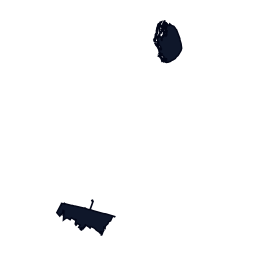 the district of Progreso, Yucatán, Mexico, rotated 26°
{"feature_id": "50627088B147152783463", "entity_name": "Progreso", "entity_type": "district", "adm_level": 2, "iso_a3": "MEX", "parent_name": "Mexico", "parent_adm1": "Yucatán", "projection": "orthographic", "projection_center": [-89.747, 21.878], "detail": "fine", "context": "isolated", "style": "filled", "palette": "ink", "viewbox_px": 256, "rotation_deg": 26, "n_neighbors": 0, "source": "geoboundaries", "source_scale": "gbopen_adm2", "svg_char_len": 5734}
<svg xmlns="http://www.w3.org/2000/svg" viewBox="0 0 256 256"><g transform="rotate(26 128 128)"><path d="M154.9,213.4L145.8,214.9L143.3,215.7L136.3,217.0L132.4,217.7L129.7,217.9L129.5,215.6L128.8,209.2L128.2,208.8L127.3,208.7L127.0,208.9L127.3,208.7L127.3,209.2L128.1,209.3L128.3,209.1L128.7,209.2L128.8,209.7L128.7,209.8L128.1,209.8L128.5,209.8L128.5,210.0L128.8,210.1L129.6,217.9L128.9,218.4L128.2,218.6L125.4,219.0L125.2,219.0L125.2,218.8L124.3,218.7L124.0,219.2L114.9,221.3L113.8,221.7L111.9,222.0L111.0,222.4L104.7,223.7L104.0,223.6L104.2,224.1L101.3,224.9L101.8,226.4L101.4,226.3L101.1,235.3L105.3,237.1L105.5,234.9L106.7,235.0L105.8,230.5L107.2,230.6L107.1,231.3L110.3,239.1L111.6,236.6L112.7,235.4L116.2,235.8L116.5,233.5L120.6,233.9L120.9,233.2L121.6,233.2L122.6,237.4L123.6,238.0L123.6,237.5L124.2,237.6L124.4,235.9L127.5,236.3L127.2,238.9L129.3,239.1L129.4,239.8L130.3,239.7L130.3,240.1L130.8,240.2L131.1,239.9L131.2,238.9L130.3,238.7L130.3,238.1L131.3,238.0L131.3,237.8L132.0,237.9L131.7,236.6L132.4,236.5L132.6,235.3L132.3,235.3L132.2,233.7L136.2,234.1L137.8,234.6L138.0,232.7L140.4,232.7L142.1,232.8L144.0,233.6L148.0,234.2L148.8,234.6L148.9,234.2L149.8,234.5L148.7,233.0L149.3,232.8L149.4,233.3L149.7,233.2L150.5,234.4L149.9,234.5L150.9,235.9L151.3,235.6L151.3,235.2L151.0,232.4L151.1,230.3L150.6,229.7L149.9,227.8L151.3,228.1L151.0,227.5L150.8,226.3L150.9,225.3L151.9,222.8L151.6,221.0L153.0,219.1L152.9,214.0L154.9,213.7L154.9,213.4ZM122.5,16.8L119.8,16.1L119.9,18.0L118.5,17.7L117.7,17.2L117.3,17.9L116.7,17.3L116.4,16.7L115.5,16.9L114.2,19.7L114.4,20.1L115.0,20.6L115.0,21.0L114.7,21.1L112.6,21.5L111.6,21.9L111.8,22.4L111.8,23.2L112.0,23.4L111.9,24.5L112.2,24.8L112.6,24.3L112.2,22.8L112.5,22.1L113.4,22.0L113.7,22.7L114.0,22.9L115.2,22.4L115.4,21.8L115.7,21.6L115.6,21.0L116.0,19.7L115.8,18.6L116.2,17.8L116.7,20.6L116.3,23.6L116.9,25.4L117.3,25.7L117.0,23.9L117.1,22.9L117.5,21.7L118.0,21.0L118.0,19.8L118.3,19.4L119.0,22.3L119.0,23.2L119.4,24.7L119.7,24.2L119.7,23.4L120.1,23.6L120.3,23.4L120.5,23.5L120.5,24.6L120.7,25.4L121.0,25.7L121.1,25.3L121.4,26.4L122.1,27.3L121.8,29.0L121.3,28.8L120.7,28.9L119.7,30.6L119.3,31.7L119.3,32.4L120.2,33.9L120.1,34.5L119.9,34.5L119.5,33.8L119.1,33.9L118.9,32.6L118.3,32.5L117.8,31.7L117.1,32.2L116.2,31.2L115.8,31.2L115.7,32.2L115.1,31.3L114.8,31.3L114.7,32.9L114.9,33.5L116.0,36.0L117.1,37.0L116.8,37.4L116.0,37.8L115.9,38.2L116.5,38.1L117.6,37.3L117.9,37.3L118.5,38.9L119.5,39.6L121.8,40.8L123.5,42.3L123.6,43.0L122.8,43.4L121.9,42.6L120.5,42.6L121.1,42.3L120.2,42.1L119.0,40.9L118.7,41.0L119.0,41.4L118.9,41.6L118.1,41.9L119.3,42.5L120.4,43.5L120.9,43.6L121.6,44.6L122.6,45.1L122.4,45.6L123.4,46.3L123.4,46.7L123.1,46.7L123.1,47.4L124.2,48.3L124.3,49.0L123.8,49.3L124.6,49.6L125.1,49.3L125.4,48.8L125.1,47.3L124.6,46.8L124.6,46.5L125.4,46.6L126.1,46.5L126.1,46.9L126.6,47.1L127.0,47.7L127.5,47.6L128.1,48.2L129.0,48.2L129.5,48.8L130.2,49.1L129.5,49.6L128.0,50.1L128.7,50.5L129.3,50.5L129.7,50.0L130.4,49.7L130.6,49.2L131.9,49.0L133.0,48.6L132.3,49.3L130.5,49.8L130.1,50.2L130.0,50.7L130.7,51.1L132.7,50.4L132.9,50.5L132.7,51.1L131.0,51.6L130.2,52.9L131.0,53.0L131.8,52.4L133.7,52.3L135.3,51.2L137.1,49.4L137.5,48.2L138.5,47.2L140.0,44.8L140.3,42.8L141.1,41.1L141.3,39.8L141.7,35.2L141.3,32.8L138.6,28.8L136.0,26.0L135.3,24.8L128.6,18.5L127.0,17.9L126.3,17.3L124.5,16.5L122.5,16.8ZM112.1,30.0L113.1,30.2L112.8,29.6L111.4,27.2L110.9,23.8L110.4,23.0L110.6,21.9L110.1,20.8L109.8,20.8L109.6,21.2L109.6,22.3L110.0,23.6L110.1,25.6L110.4,26.2L110.9,28.3L112.1,30.0ZM113.8,36.6L114.0,34.0L113.8,33.4L113.1,32.3L111.7,30.6L111.6,32.1L113.3,34.8L112.5,34.5L113.0,35.9L112.5,35.9L112.4,36.1L113.0,36.8L114.1,37.3L113.8,36.6ZM116.2,25.9L115.9,25.9L115.3,26.4L115.3,27.2L114.7,27.3L115.0,29.1L115.7,28.3L115.6,27.4L116.2,27.7L116.1,26.8L116.4,26.3L116.2,25.9ZM127.4,50.1L126.3,49.8L126.3,49.1L126.1,48.6L125.9,48.8L125.9,49.7L125.6,50.0L125.6,50.3L126.8,50.9L127.6,51.0L127.3,50.4L127.4,50.1ZM114.0,19.7L114.3,18.1L114.8,17.1L114.5,16.4L113.9,17.4L113.9,18.3L113.6,18.8L114.0,19.7ZM118.9,30.7L119.3,30.8L119.5,29.8L119.3,28.9L119.0,28.6L118.7,29.9L118.9,30.7ZM118.7,27.8L118.9,27.4L118.8,26.5L118.9,25.0L118.7,24.5L118.2,26.3L118.5,27.8L118.7,27.8ZM129.3,52.4L128.6,51.5L127.8,51.4L127.9,51.9L128.5,52.2L129.1,53.0L129.4,52.9L129.9,52.1L129.6,52.1L129.3,52.4ZM113.9,38.1L112.9,37.3L112.6,37.5L113.7,38.7L114.4,38.7L114.5,38.3L113.9,38.1ZM116.7,40.7L115.4,40.0L114.7,40.1L116.1,40.6L116.9,41.4L117.7,41.1L117.8,40.8L116.7,40.7ZM113.4,26.9L113.6,25.7L113.3,25.1L113.0,25.1L112.9,26.3L113.4,26.9ZM113.9,21.2L113.6,21.0L112.4,21.1L111.6,21.0L110.9,21.2L111.3,21.7L112.8,21.2L113.9,21.2ZM119.7,26.5L120.0,25.6L119.7,25.1L119.4,25.3L119.4,26.2L119.5,26.4L119.7,26.5ZM117.7,41.6L118.8,41.5L118.2,41.0L117.5,41.3L117.7,41.6ZM113.7,17.2L113.8,17.1L114.2,15.8L113.8,15.8L113.6,16.1L113.7,17.2ZM110.7,20.8L111.0,20.5L110.8,19.6L110.5,19.3L110.4,20.2L110.5,20.7L110.7,20.8ZM120.7,28.7L120.8,28.0L120.1,27.2L120.4,28.6L120.7,28.7ZM115.4,31.0L115.8,30.3L115.4,29.3L115.2,29.6L115.4,31.0ZM118.2,22.9L118.3,22.1L118.1,21.6L117.9,21.7L117.8,22.7L117.9,23.0L118.2,22.9ZM115.3,25.1L115.4,24.6L114.9,23.8L115.0,24.9L115.3,25.1ZM118.2,39.5L118.1,39.2L117.8,39.1L117.4,39.2L117.1,39.5L117.3,39.8L117.6,39.6L118.2,39.5ZM118.5,21.5L118.4,22.6L118.5,23.1L118.8,21.7L118.5,21.5ZM125.4,49.9L125.8,49.2L125.6,48.8L125.4,49.5L124.9,50.0L125.4,49.9ZM111.7,18.9L111.7,17.7L111.4,18.0L111.7,18.9ZM115.5,23.7L115.9,23.5L115.6,23.3L115.4,22.8L115.2,23.3L115.5,23.7ZM130.1,52.2L130.6,51.7L130.7,51.4L130.5,51.2L130.3,51.4L130.1,52.2ZM111.4,19.5L111.4,19.1L111.2,18.6L111.0,19.0L111.4,19.5ZM114.4,20.8L114.1,20.5L114.2,20.9L114.8,21.0L114.8,20.8L114.4,20.8Z" fill="#0f172a" stroke="#020617" stroke-width="1.5"/></g></svg>